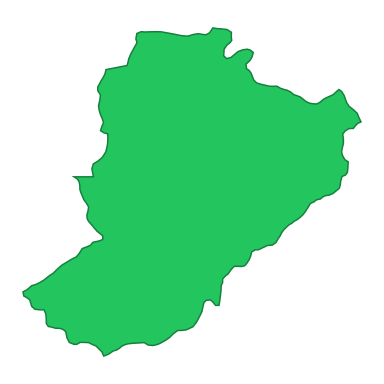 the district of Ribeirão Preto, São Paulo, Brazil
{"feature_id": "56859067B67302806086523", "entity_name": "Ribeirão Preto", "entity_type": "district", "adm_level": 2, "iso_a3": "BRA", "parent_name": "Brazil", "parent_adm1": "São Paulo", "projection": "mercator", "projection_center": [-47.819, -21.215], "detail": "fine", "context": "isolated", "style": "filled", "palette": "green", "viewbox_px": 384, "rotation_deg": 0, "n_neighbors": 0, "source": "geoboundaries", "source_scale": "gbopen_adm2", "svg_char_len": 3447}
<svg xmlns="http://www.w3.org/2000/svg" viewBox="0 0 384 384"><path d="M290.3,91.8L287.0,90.2L284.1,89.5L280.6,88.3L276.9,86.2L272.8,86.3L269.2,86.2L266.4,85.5L263.5,84.8L260.6,84.2L256.7,82.9L253.9,80.2L252.6,77.1L251.1,73.2L249.4,70.7L246.5,68.6L246.0,64.1L249.6,60.9L251.9,57.3L253.3,52.5L250.2,50.0L247.2,49.2L242.9,49.8L238.2,51.5L235.1,54.0L231.1,57.4L226.6,58.6L223.7,55.8L224.1,49.3L226.9,45.1L229.9,42.8L231.7,40.5L231.3,36.8L231.4,32.3L227.0,29.5L222.7,29.0L217.9,28.7L212.9,27.9L209.5,32.8L206.3,34.7L203.1,34.5L198.4,33.7L194.1,34.3L190.9,35.2L188.0,36.1L185.1,36.0L180.5,35.5L174.8,34.3L170.6,33.5L166.1,32.7L161.1,31.8L155.5,31.7L149.4,31.8L145.3,32.0L141.1,31.7L136.8,33.5L135.9,38.9L137.0,42.7L134.8,46.6L132.6,50.6L130.5,54.6L128.8,58.7L128.0,62.1L127.1,65.5L106.0,69.6L104.9,74.1L103.1,77.6L101.0,80.9L99.6,83.7L97.8,86.8L97.8,90.8L100.4,94.8L99.9,99.8L98.5,105.8L99.2,110.3L100.5,114.6L102.4,119.0L103.5,122.6L101.8,126.6L100.5,130.7L103.9,132.8L107.7,133.9L107.9,137.9L107.7,142.2L107.2,146.2L105.8,151.9L102.4,157.3L97.9,161.1L93.3,163.9L91.9,168.8L92.6,172.5L93.4,176.8L87.1,176.8L74.0,176.8L77.5,179.1L79.2,182.1L79.8,185.4L79.9,189.6L81.0,192.9L82.2,195.7L83.8,199.6L86.5,203.3L88.6,206.9L88.0,211.0L86.9,214.9L87.1,218.5L88.5,221.3L91.4,224.5L94.5,228.3L97.2,231.4L102.7,235.8L102.8,239.5L98.9,241.0L92.9,242.3L90.6,245.2L87.4,246.6L82.2,248.6L79.3,253.3L76.3,256.9L71.8,259.1L67.4,261.8L62.1,265.0L59.2,267.4L56.7,269.8L53.1,273.3L49.5,275.6L47.0,277.6L43.9,280.1L39.5,282.7L35.7,284.5L31.6,285.7L29.4,287.7L26.7,289.9L23.0,291.9L23.8,296.0L27.1,297.8L29.7,299.8L30.7,302.9L31.7,306.4L34.8,309.2L38.3,309.7L44.1,309.9L45.9,314.2L46.3,319.9L46.3,323.4L48.3,326.5L51.7,327.1L55.3,328.2L59.9,328.4L62.7,329.2L65.7,331.6L67.1,338.2L69.4,342.5L73.9,344.3L76.9,344.3L80.1,342.4L83.5,342.4L88.6,342.6L92.4,344.5L96.0,346.0L99.0,349.0L101.9,351.8L103.8,356.1L108.6,354.1L113.2,351.0L116.6,350.0L119.3,348.4L121.6,346.3L124.9,344.7L128.1,343.8L132.8,343.3L137.8,343.0L141.0,342.8L144.3,342.6L148.0,345.0L152.7,345.5L156.2,344.8L159.4,343.7L162.9,341.8L165.7,340.2L169.6,337.5L172.5,334.5L174.7,332.7L177.7,330.5L182.0,330.4L186.1,329.9L189.1,328.6L193.0,326.7L196.5,322.2L198.7,318.1L200.4,314.8L202.0,311.4L202.9,306.8L204.0,302.4L206.4,300.2L210.6,300.0L213.0,302.2L215.6,305.4L219.0,305.4L219.8,300.7L220.4,295.6L221.0,290.7L221.2,285.7L222.6,282.6L222.7,278.9L225.5,275.9L228.1,273.9L231.3,269.4L234.2,266.3L237.9,266.3L241.6,266.5L244.6,265.8L246.6,263.6L249.0,260.0L250.7,256.1L251.6,252.0L255.3,249.8L258.4,249.8L263.2,247.5L267.4,245.5L272.3,245.1L276.0,242.5L278.2,238.6L280.1,235.9L281.6,232.8L283.8,229.8L286.3,227.3L289.2,224.7L291.9,223.2L294.1,221.3L297.5,219.5L299.9,217.5L303.0,214.7L305.5,211.4L307.9,207.6L310.5,203.4L313.9,201.9L316.7,199.7L320.2,199.1L322.7,197.0L325.4,195.7L329.2,195.1L333.1,193.4L336.1,190.9L339.2,188.4L340.2,185.4L340.7,181.0L342.1,176.4L345.4,175.1L347.4,172.5L347.8,168.8L348.0,165.0L348.2,161.8L344.8,159.6L342.4,155.2L341.6,151.9L342.2,148.4L343.4,143.5L343.4,138.4L342.7,134.2L345.2,130.9L348.9,128.6L353.4,128.4L355.3,125.9L357.6,123.4L361.0,121.9L358.8,117.3L357.2,113.3L353.7,110.0L349.1,106.3L346.9,103.0L345.5,99.6L344.3,95.8L341.6,91.4L338.9,89.5L336.4,91.7L333.1,94.7L329.2,96.5L325.6,98.1L323.1,99.6L320.2,102.1L317.0,103.9L313.9,103.9L309.7,103.2L306.3,101.7L303.2,99.3L300.5,97.1L297.3,95.8L293.9,94.7L290.3,91.8Z" fill="#22c55e" stroke="#15803d" stroke-width="1.5"/></svg>